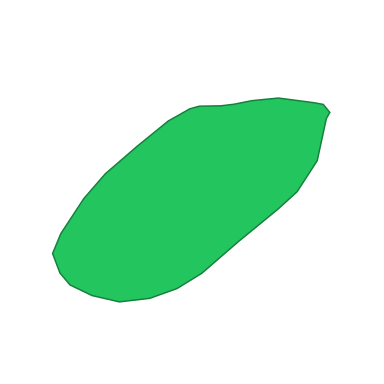 the district of Piherech, Federated States of Micronesia, rotated 120°
{"feature_id": "79324940B4028665083072", "entity_name": "Piherech", "entity_type": "district", "adm_level": 2, "iso_a3": "FSM", "parent_name": "Federated States of Micronesia", "parent_adm1": "", "projection": "mercator", "projection_center": [150.419, 8.57], "detail": "fine", "context": "isolated", "style": "filled", "palette": "green", "viewbox_px": 384, "rotation_deg": 120, "n_neighbors": 0, "source": "geoboundaries", "source_scale": "gbopen_adm2", "svg_char_len": 499}
<svg xmlns="http://www.w3.org/2000/svg" viewBox="0 0 384 384"><g transform="rotate(120 192 192)"><path d="M257.3,142.8L211.7,127.0L163.9,109.0L139.2,101.1L102.3,99.2L61.1,112.4L54.2,112.4L50.5,122.1L53.8,131.3L67.4,164.1L83.1,186.0L94.9,199.4L103.0,210.2L113.9,228.4L120.9,235.4L142.4,248.1L179.9,262.4L219.6,276.2L251.8,282.4L293.6,284.8L315.0,282.0L328.2,265.8L333.5,251.2L331.7,226.9L323.5,200.0L305.2,175.4L283.1,156.7L257.3,142.8Z" fill="#22c55e" stroke="#15803d" stroke-width="1.5"/></g></svg>